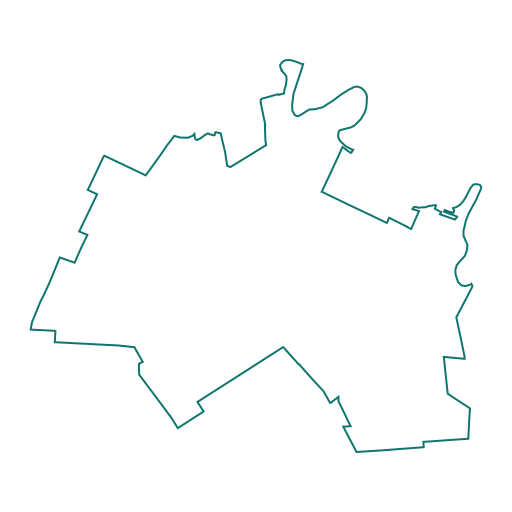 outline of Maxineni, Braila, Romania
{"feature_id": "2599482B99359782124657", "entity_name": "Maxineni", "entity_type": "district", "adm_level": 2, "iso_a3": "ROU", "parent_name": "Romania", "parent_adm1": "Braila", "projection": "albers", "projection_center": [27.669, 45.424], "detail": "fine", "context": "isolated", "style": "outline", "palette": "teal", "viewbox_px": 512, "rotation_deg": 0, "n_neighbors": 0, "source": "geoboundaries", "source_scale": "gbopen_adm2", "svg_char_len": 3774}
<svg xmlns="http://www.w3.org/2000/svg" viewBox="0 0 512 512"><path d="M353.1,149.8L352.1,149.6L350.2,148.6L345.9,146.4L340.2,141.1L338.4,137.9L338.2,135.5L338.4,133.5L338.6,132.1L339.6,130.4L342.5,129.5L351.0,127.4L354.9,125.2L360.8,119.2L364.6,112.7L366.1,108.5L366.7,102.8L366.9,96.6L366.3,93.9L364.2,90.5L362.8,89.3L361.5,88.1L357.4,86.5L354.0,87.1L348.6,89.8L342.2,93.8L332.3,101.1L326.7,104.6L324.6,106.1L322.2,107.4L314.9,109.2L309.3,109.5L305.7,111.7L301.1,114.7L297.8,116.3L294.8,115.1L292.3,110.6L292.2,104.4L293.6,93.3L294.6,90.5L296.7,84.0L300.6,72.2L302.4,66.6L303.1,64.1L301.8,63.9L300.5,63.6L299.1,62.9L294.1,61.0L289.4,60.0L288.5,60.1L285.5,60.2L284.2,60.8L283.0,61.4L281.1,63.6L280.1,65.0L280.1,65.8L280.4,66.9L281.5,70.4L281.8,70.2L282.0,70.5L282.4,71.3L282.7,71.9L284.5,73.7L286.3,76.1L286.6,79.9L285.8,85.6L285.3,87.1L284.9,88.2L284.3,90.6L284.1,93.4L278.7,94.9L278.2,94.2L274.5,95.2L262.3,98.6L260.8,99.6L260.6,101.7L261.1,104.4L261.5,106.7L265.3,125.0L264.9,125.2L265.3,137.9L265.5,141.5L266.2,145.1L230.5,167.0L227.2,165.9L226.3,160.1L225.3,153.4L225.3,153.1L222.2,140.0L220.7,133.3L215.6,132.2L215.2,132.6L214.7,135.1L214.4,135.3L213.5,135.3L210.4,134.4L208.0,133.5L207.5,133.5L204.6,135.2L201.2,137.9L197.7,139.7L196.9,140.1L196.3,139.5L195.0,138.7L194.7,136.3L194.4,133.9L192.6,135.8L188.1,137.7L180.7,137.6L175.7,136.3L174.3,135.9L166.8,145.7L165.5,147.6L159.9,155.8L145.7,175.4L122.9,164.5L104.3,155.7L103.5,156.8L95.6,173.5L87.8,189.9L97.1,194.3L79.2,231.5L87.4,234.9L81.2,247.7L74.6,262.7L59.8,257.5L55.4,268.3L51.1,278.8L48.8,284.2L46.0,290.2L43.4,295.9L40.8,300.7L36.4,311.5L32.0,322.2L30.8,328.6L30.7,329.3L30.7,329.6L54.8,330.8L55.4,331.0L54.8,342.2L70.8,343.0L74.2,343.2L75.7,343.3L86.3,343.8L96.8,344.4L115.4,345.3L119.9,345.6L120.4,345.8L121.2,345.8L134.4,347.2L142.7,361.8L138.9,363.8L139.2,374.7L149.2,388.0L149.3,388.2L156.4,397.6L156.5,397.8L164.8,408.9L170.0,416.0L170.1,415.9L171.7,418.4L171.9,418.6L177.8,428.1L203.6,411.5L197.5,401.9L229.4,381.5L283.1,347.1L283.5,347.4L298.7,364.4L299.3,364.3L299.6,364.8L311.1,377.8L314.1,381.1L323.6,391.3L329.9,402.6L330.5,402.9L338.4,396.9L338.5,401.2L350.6,426.2L343.3,426.7L348.6,436.9L354.0,447.2L356.5,452.0L363.9,451.5L368.8,451.2L381.7,450.4L383.0,450.3L395.8,449.3L423.7,447.2L423.5,443.1L423.5,441.8L429.1,441.5L438.8,440.8L449.9,440.0L458.7,439.4L464.9,439.0L467.3,438.8L468.1,438.8L468.3,438.8L469.3,418.6L470.0,408.4L452.1,396.7L447.7,393.6L443.8,356.9L464.6,358.8L464.6,357.0L464.2,354.8L461.1,339.7L459.2,330.9L456.3,317.3L458.9,312.4L471.8,287.8L472.4,286.0L471.9,284.9L471.4,283.8L469.9,284.8L468.5,285.2L467.0,285.6L466.1,285.9L465.2,286.1L461.4,285.3L458.1,282.0L455.8,275.3L455.4,272.9L455.4,269.9L456.7,265.1L459.5,261.8L464.9,255.8L467.0,250.1L467.2,247.4L467.4,244.7L465.2,239.9L463.5,235.7L463.5,231.0L465.8,220.9L468.6,213.6L476.2,199.7L480.4,190.1L481.3,187.6L480.9,186.0L479.7,184.9L478.0,184.4L476.8,184.2L474.8,184.2L473.4,184.6L472.6,185.4L470.4,188.2L465.9,197.0L463.5,200.8L460.6,204.3L456.5,207.1L453.0,208.1L453.4,209.2L454.2,210.4L453.5,212.8L448.7,211.6L444.9,210.0L444.0,211.6L456.6,216.4L457.1,217.0L454.9,219.5L448.2,217.2L440.0,214.3L441.2,212.1L434.8,208.7L436.0,205.4L435.0,205.1L431.9,205.6L427.8,206.2L426.2,207.2L421.1,207.4L419.6,207.7L418.6,207.7L416.0,207.0L414.3,207.1L413.9,207.1L413.4,208.3L412.5,208.5L412.4,209.1L419.0,211.1L418.2,213.0L413.3,224.0L411.1,229.0L407.2,227.1L407.2,226.8L389.2,217.8L386.9,223.0L367.4,213.6L364.9,212.4L363.2,211.6L347.9,204.4L322.1,191.9L321.7,191.8L326.6,181.5L326.6,181.4L331.5,171.0L331.6,170.7L333.9,165.7L336.3,160.6L336.4,160.4L338.0,157.0L339.0,154.6L341.3,149.6L341.9,148.3L342.5,147.0L347.0,150.3L348.4,151.3L350.9,152.9L351.5,152.5L353.1,149.8Z" fill="none" stroke="#0f766e" stroke-width="2"/></svg>